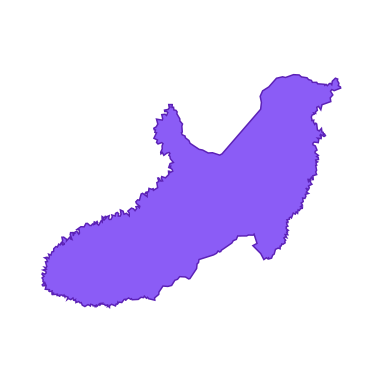 Paragominas, Pará, Brazil, rotated 354°
{"feature_id": "56859067B66130405512387", "entity_name": "Paragominas", "entity_type": "district", "adm_level": 2, "iso_a3": "BRA", "parent_name": "Brazil", "parent_adm1": "Pará", "projection": "natural_earth1", "projection_center": [-47.632, -3.124], "detail": "fine", "context": "isolated", "style": "filled", "palette": "violet", "viewbox_px": 384, "rotation_deg": 354, "n_neighbors": 0, "source": "geoboundaries", "source_scale": "gbopen_adm2", "svg_char_len": 6008}
<svg xmlns="http://www.w3.org/2000/svg" viewBox="0 0 384 384"><g transform="rotate(354 192 192)"><path d="M143.7,295.7L143.7,293.4L148.2,290.4L148.7,288.0L153.3,282.5L158.1,283.4L162.0,282.8L165.7,278.0L168.5,277.3L170.9,274.9L176.6,275.8L179.6,278.1L180.9,277.9L188.6,268.6L189.5,264.1L191.1,262.9L191.9,259.9L206.9,256.8L210.0,255.5L211.8,253.4L213.0,254.5L214.4,254.2L215.1,253.0L226.3,246.9L228.0,244.7L231.1,243.8L232.9,240.5L241.7,241.4L243.6,240.7L248.2,241.3L249.3,240.4L251.3,249.9L246.9,251.7L253.9,260.4L256.4,266.7L259.1,265.2L260.3,266.3L261.2,265.6L261.3,266.6L264.2,266.1L265.6,263.3L267.2,262.4L269.0,257.8L271.8,256.8L273.7,257.7L274.0,255.1L275.2,254.9L275.8,253.1L277.0,253.5L279.3,252.3L279.1,250.6L280.1,249.8L278.6,247.3L280.0,246.4L281.4,247.2L280.2,244.1L282.8,244.5L281.9,242.0L282.9,241.7L282.5,240.4L283.7,240.1L281.9,238.4L282.1,236.5L283.8,236.0L282.9,234.1L282.9,232.1L284.2,232.4L284.4,231.6L283.5,229.6L286.0,229.3L286.1,227.9L287.3,227.3L288.2,228.2L290.5,223.6L292.4,224.8L293.5,223.1L293.1,222.2L294.8,224.2L295.7,220.9L296.8,221.6L298.2,219.9L300.0,219.8L300.3,218.4L298.6,217.9L300.5,216.6L299.4,214.4L301.6,213.2L301.4,209.6L303.6,210.2L304.8,208.3L304.5,206.2L307.7,205.6L305.7,204.0L307.2,202.4L305.5,200.0L308.1,201.7L309.1,200.1L308.5,198.2L312.1,196.8L310.9,195.0L311.0,192.6L309.0,193.9L308.7,191.6L310.8,191.9L312.4,189.8L313.2,190.6L312.8,192.3L313.9,192.3L313.9,188.5L317.8,187.7L317.1,185.0L318.2,183.4L317.8,178.5L318.8,178.4L318.3,176.0L320.0,175.2L318.4,174.2L318.3,173.1L321.2,172.9L321.1,170.8L319.7,169.8L321.5,168.8L318.4,165.9L318.8,164.4L320.7,163.4L319.5,159.1L317.2,157.6L317.3,156.2L318.7,155.1L322.7,156.1L323.6,153.0L322.5,151.6L326.0,152.4L326.3,150.6L325.3,149.2L325.8,148.2L329.1,150.6L330.6,149.9L329.8,148.1L328.7,148.5L328.7,146.4L327.5,145.9L327.4,142.3L324.9,144.6L323.2,143.3L323.1,137.4L322.3,136.5L321.1,137.6L320.1,134.9L320.6,133.3L318.1,133.6L318.9,133.1L318.5,129.9L319.5,128.0L321.6,127.4L321.2,126.1L323.2,126.8L323.3,125.1L325.2,123.9L324.9,120.8L326.8,120.1L328.7,123.7L330.4,118.8L339.5,116.6L339.3,112.8L342.2,110.2L340.3,106.2L341.8,104.7L343.9,106.1L350.7,104.2L350.6,103.0L348.6,101.5L349.5,99.2L348.2,96.5L348.7,94.9L346.5,93.8L343.1,96.5L342.2,99.9L341.2,98.5L340.0,98.5L337.7,100.4L336.5,98.9L335.2,99.8L334.8,98.7L328.2,97.5L327.5,96.0L323.2,95.5L322.4,93.5L319.7,92.4L318.3,90.4L312.9,89.0L310.8,86.8L305.2,85.9L296.9,87.9L294.2,86.9L287.9,87.7L279.4,95.5L272.8,98.8L269.8,104.0L270.4,110.2L268.9,116.9L225.9,157.2L223.4,158.2L216.5,155.1L212.2,154.9L207.0,151.4L203.5,150.3L195.2,143.4L194.3,140.5L191.1,137.4L190.9,135.6L188.2,134.0L187.7,131.9L188.6,131.4L188.8,125.4L189.7,123.4L187.4,120.1L187.5,117.9L185.1,112.6L185.6,110.8L184.6,109.1L182.6,108.5L182.5,105.8L181.0,105.8L181.5,103.0L178.0,102.6L178.1,105.0L178.9,105.3L176.8,107.4L173.2,107.7L173.3,109.1L175.2,109.3L176.2,110.5L174.7,113.2L173.3,111.8L170.0,111.9L170.5,116.1L169.9,117.4L164.3,115.8L165.1,120.9L163.2,123.4L160.7,124.6L160.9,126.1L162.1,126.5L161.3,128.8L162.9,129.4L159.7,134.6L163.1,136.7L161.9,139.0L163.2,140.7L167.0,139.7L168.2,140.8L167.0,143.1L166.9,146.0L165.0,149.2L165.1,150.8L166.6,149.6L167.8,152.6L171.1,150.7L173.4,150.3L174.1,151.3L172.8,153.1L173.8,154.2L173.9,156.6L176.6,160.7L173.2,161.4L171.4,165.2L172.0,165.6L173.4,164.4L173.1,166.1L174.6,167.4L175.0,169.3L172.1,170.4L172.1,169.1L170.8,168.8L170.7,172.2L167.1,175.1L163.5,173.5L162.9,175.1L163.9,177.9L162.2,177.9L160.3,174.5L159.4,174.6L160.1,178.0L158.0,179.0L158.3,184.1L153.8,186.3L153.5,185.0L154.3,184.4L152.2,185.1L149.6,183.9L148.8,187.2L146.2,187.4L145.1,188.8L147.3,188.7L146.9,191.9L142.7,188.1L141.2,188.7L138.9,194.6L137.1,194.1L135.1,195.9L135.6,197.7L138.6,200.7L138.0,202.2L136.7,200.6L134.7,200.7L135.2,202.7L133.4,204.6L132.1,202.6L130.1,201.7L126.2,204.3L127.4,206.4L127.1,209.2L124.6,206.3L122.1,207.0L121.5,203.9L118.9,202.4L119.1,206.7L118.1,208.5L116.2,208.2L116.8,205.8L115.5,204.5L113.7,205.3L113.1,207.8L109.9,206.5L110.1,208.5L108.6,210.8L106.9,210.7L106.3,209.5L107.2,206.9L104.6,207.7L103.2,207.1L102.5,208.0L103.8,208.8L101.5,210.8L101.0,210.3L101.5,208.2L100.0,207.0L99.6,212.4L98.6,211.2L95.7,215.2L94.1,213.6L95.0,212.6L94.5,211.4L93.3,212.5L91.7,211.5L91.1,213.1L92.4,212.8L92.2,213.7L90.6,214.2L89.7,213.4L88.3,214.8L86.8,214.6L84.8,212.3L83.2,212.2L81.1,215.4L77.9,214.9L73.8,217.2L75.8,217.8L75.8,221.1L75.0,222.1L73.2,218.9L70.2,220.3L70.9,221.0L70.0,221.2L69.4,223.4L69.4,219.9L67.0,219.7L66.4,221.7L67.7,226.7L66.5,226.1L65.8,224.1L62.1,227.5L62.4,226.0L59.7,223.5L57.9,223.4L58.3,227.0L57.3,228.5L59.6,229.8L59.5,230.7L58.0,231.1L56.5,229.0L55.3,230.8L54.0,229.9L52.4,232.7L51.0,232.0L48.6,233.9L48.1,236.7L46.4,236.9L45.1,240.0L42.9,238.9L43.4,240.9L42.7,243.3L41.0,241.7L38.6,242.0L40.3,243.3L41.0,246.1L39.0,246.1L39.8,251.0L39.0,251.9L37.4,251.4L39.0,253.5L35.7,254.0L38.3,255.5L38.5,257.2L37.1,258.3L34.8,257.0L34.2,258.1L36.0,260.4L33.9,261.8L34.8,263.5L34.4,265.5L35.7,266.9L33.3,268.7L33.9,269.8L35.9,269.8L36.4,267.6L37.2,269.9L35.9,273.4L39.9,274.2L39.3,275.5L40.2,276.2L42.5,275.8L42.2,277.3L43.4,278.0L42.0,278.7L42.3,279.4L47.4,279.6L47.0,280.8L49.4,281.0L49.3,282.4L50.0,280.8L51.8,280.8L52.9,282.0L53.9,281.1L54.7,283.3L55.3,282.4L57.7,283.7L56.6,285.9L58.0,285.0L60.2,286.4L62.5,285.0L62.9,287.2L64.7,286.8L64.2,287.7L65.3,288.5L65.0,289.8L67.9,289.1L69.1,290.6L70.2,290.4L71.1,293.1L73.5,294.7L76.8,293.1L79.0,294.7L79.5,293.1L81.4,293.8L81.8,294.9L84.2,294.9L83.7,295.9L84.6,296.1L85.1,294.6L85.9,295.5L87.6,294.0L88.5,295.0L89.1,294.5L88.1,293.8L88.9,293.2L90.9,293.3L90.2,293.8L93.3,294.6L93.9,295.8L96.2,295.5L95.9,297.0L96.6,296.6L97.9,298.1L98.2,296.3L100.3,295.3L104.0,297.3L104.9,295.5L106.2,295.7L106.8,293.9L107.2,294.7L108.2,294.0L110.6,294.6L113.2,291.8L114.4,291.7L114.9,293.2L115.1,292.1L117.9,290.8L119.7,292.2L120.6,291.8L121.2,292.9L127.3,293.2L130.3,291.4L132.8,292.0L133.7,290.6L135.6,292.9L136.8,292.1L137.7,293.6L143.7,295.7Z" fill="#8b5cf6" stroke="#5b21b6" stroke-width="1.5"/></g></svg>